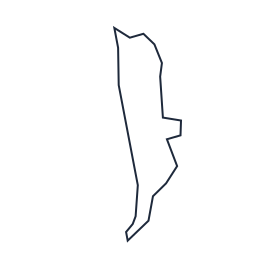 the border of Rojas, rotated 228°
{"feature_id": "LVA-5722", "entity_name": "Rojas", "entity_type": "Municipality", "adm_level": 1, "iso_a3": "LVA", "parent_name": "Latvia", "parent_adm1": "", "projection": "robinson", "projection_center": [22.732, 57.524], "detail": "fine", "context": "isolated", "style": "outline", "palette": "slate", "viewbox_px": 256, "rotation_deg": 228, "n_neighbors": 0, "source": "natural_earth", "source_scale": "10m", "svg_char_len": 410}
<svg xmlns="http://www.w3.org/2000/svg" viewBox="0 0 256 256"><g transform="rotate(228 128 128)"><path d="M52.0,57.0L53.5,67.3L57.3,74.6L78.9,97.0L166.1,149.8L194.2,174.3L211.5,184.8L193.9,189.8L187.7,202.5L172.5,203.6L153.6,196.7L144.7,186.3L112.4,160.9L98.1,172.4L87.4,162.1L93.6,149.4L66.8,139.0L61.4,119.3L60.6,100.9L45.4,81.2L44.5,52.4L52.0,57.0Z" fill="none" stroke="#1e293b" stroke-width="2"/></g></svg>